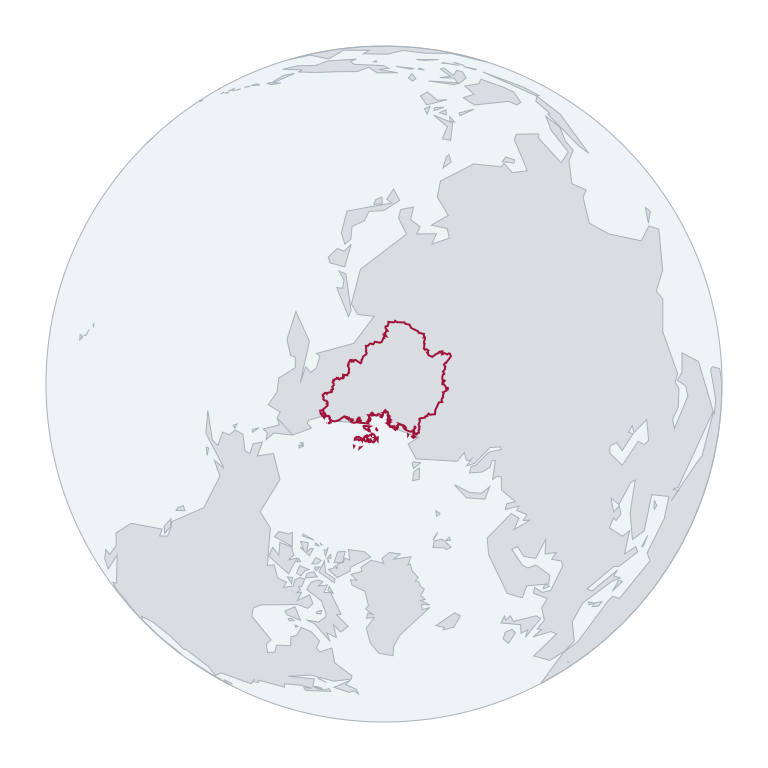 Sakha (Yakutia) highlighted on a globe, orthographic projection, rotated 181°
{"feature_id": "RUS-2612", "entity_name": "Sakha (Yakutia)", "entity_type": "Autonomous Province", "adm_level": 1, "iso_a3": "RUS", "parent_name": "Russia", "parent_adm1": "", "projection": "orthographic", "projection_center": [131.922, 66.295], "detail": "fine", "context": "on_globe", "style": "outline", "palette": "rose", "viewbox_px": 768, "rotation_deg": 181, "n_neighbors": 0, "source": "natural_earth", "source_scale": "10m", "svg_char_len": 18348}
<svg xmlns="http://www.w3.org/2000/svg" viewBox="0 0 768 768"><g transform="rotate(181 384 384)"><circle cx="384" cy="384" r="338" fill="#eef3f6" stroke="#a8b0b8"/><path d="M625.3,620.6L625.6,620.2L625.5,620.4L625.3,620.6ZM626.4,148.6L648.2,174.6L651.6,181.0L648.1,180.0L647.8,208.4L656.6,194.2L660.1,204.4L659.3,213.7L655.3,208.9L648.8,217.9L649.3,230.5L634.4,240.3L603.2,235.0L605.7,228.2L597.9,228.1L594.3,236.8L593.8,242.6L562.0,257.2L546.4,289.0L552.4,304.8L542.5,297.1L561.2,331.6L559.7,354.5L554.7,325.1L549.0,319.6L544.6,333.1L537.9,330.4L531.9,335.5L524.2,331.2L521.8,314.9L516.8,312.0L514.0,321.8L504.5,324.0L509.4,309.9L493.3,312.5L486.4,286.7L505.6,254.2L495.2,238.1L497.4,200.5L490.6,201.3L487.1,188.2L478.0,184.3L481.0,178.8L471.1,180.5L470.0,186.3L465.3,189.1L459.8,187.5L462.7,180.1L465.9,179.8L463.9,176.8L467.7,173.9L462.7,174.4L466.9,165.9L454.7,171.9L451.2,163.2L456.2,158.3L466.2,162.0L502.5,161.1L510.7,158.0L512.1,149.5L492.5,126.3L497.1,121.8L495.7,113.4L488.3,114.1L486.8,121.0L472.8,120.7L472.7,129.6L466.9,131.0L462.6,139.3L451.9,134.6L444.0,125.8L447.0,118.9L443.6,115.0L431.5,119.1L428.4,104.3L411.0,91.7L411.4,88.5L428.8,86.0L452.0,91.7L474.4,90.1L448.4,87.9L450.0,80.6L445.4,78.2L438.7,77.0L433.6,78.6L431.8,75.7L456.8,76.3L458.9,78.9L450.9,78.6L461.8,81.4L478.7,82.5L478.1,79.2L504.2,85.7L504.1,83.5L509.8,84.0L508.1,86.9L511.6,82.0L542.1,92.4L547.4,89.5L554.6,98.3L564.7,105.9L577.7,115.4L578.9,114.9L594.3,129.2L611.5,142.3L622.5,147.5L621.0,143.5L603.4,127.1L595.9,121.3L581.7,110.4L589.7,115.9L608.7,131.6L626.4,148.6ZM688.7,428.5L685.9,425.6L689.0,422.6L688.7,428.5ZM683.1,427.1L684.3,427.4L683.1,427.8L683.1,427.1ZM681.5,429.6L682.7,427.8L681.6,430.3L681.5,429.6ZM679.7,433.4L680.6,431.2L680.6,431.6L679.7,433.4ZM540.2,84.3L544.1,86.5L557.1,94.2L572.2,103.7L551.2,90.8L532.2,80.3L540.2,84.3ZM676.0,438.1L674.9,439.1L675.5,436.6L676.0,438.1ZM533.9,83.0L538.9,85.8L533.7,83.0L533.9,83.0ZM594.6,245.7L594.9,237.3L600.7,230.7L601.3,237.9L594.6,245.7ZM582.6,258.9L580.8,253.9L589.7,253.9L588.0,256.7L582.6,258.9ZM558.2,317.0L559.7,309.6L560.6,317.8L558.2,317.0ZM532.4,337.0L534.1,340.1L530.3,341.5L532.4,337.0ZM468.7,141.3L465.7,140.3L468.1,139.2L468.7,141.3ZM469.6,145.9L474.5,145.5L475.7,147.7L472.6,147.9L469.6,145.9ZM515.0,336.3L508.3,337.9L514.7,333.4L515.0,336.3ZM463.3,146.1L477.1,151.6L479.0,155.5L469.1,159.7L463.3,146.1ZM504.1,336.9L487.9,341.3L490.3,348.3L474.3,331.4L493.4,333.0L500.9,326.3L499.8,333.2L504.1,336.9ZM472.1,188.9L472.9,182.6L477.3,189.4L472.1,188.9ZM476.1,192.6L496.3,210.1L492.3,218.8L486.3,211.0L485.3,223.8L473.4,219.3L471.3,211.3L476.2,206.5L467.9,208.5L476.1,192.6ZM468.0,321.6L463.7,320.4L467.7,318.5L468.0,321.6ZM463.8,190.7L468.2,193.4L465.1,201.0L455.6,197.1L459.7,195.9L463.8,190.7ZM490.8,229.4L486.8,234.6L476.1,232.4L473.1,234.2L472.8,220.0L490.8,229.4ZM457.6,193.3L450.9,195.0L447.4,190.0L459.3,188.7L457.6,193.3ZM468.3,204.7L466.3,208.2L464.3,205.0L468.3,204.7ZM431.1,173.7L436.5,176.4L435.3,180.6L431.1,173.7ZM448.7,196.0L449.9,197.7L450.1,199.8L445.0,199.9L448.7,196.0ZM465.2,219.5L461.6,217.6L464.8,225.2L456.9,224.0L458.1,214.9L454.3,218.3L451.8,218.0L455.6,211.0L465.2,219.5ZM440.4,206.1L439.2,194.5L429.5,188.4L430.3,184.4L445.8,195.0L440.4,206.1ZM449.0,209.5L443.8,206.5L447.4,203.0L453.1,202.9L449.0,209.5ZM451.1,226.6L462.9,230.7L462.2,232.6L451.1,226.6ZM436.8,205.0L437.2,207.9L435.7,205.0L436.8,205.0ZM445.9,220.7L450.2,221.8L449.3,223.9L445.9,220.7ZM434.4,212.8L434.0,208.9L437.9,208.7L434.4,212.8ZM439.1,216.9L436.9,219.6L439.5,210.9L441.1,217.1L439.1,216.9ZM444.4,222.5L445.3,224.1L442.7,221.7L444.4,222.5ZM419.9,216.1L422.3,205.2L430.8,204.6L427.3,215.2L419.9,216.1ZM219.1,89.0L222.0,87.5L200.0,118.5L185.6,129.8L157.2,169.7L151.9,175.7L144.7,173.8L115.0,211.8L117.9,219.8L101.4,254.5L97.2,276.5L114.3,278.0L121.3,241.7L132.9,232.8L135.7,259.5L131.1,292.4L135.4,290.1L147.1,267.6L155.0,274.0L152.1,259.9L146.7,266.5L144.8,258.1L149.7,251.6L152.3,254.0L156.1,244.1L142.8,236.0L135.8,241.8L140.6,218.2L129.4,225.8L127.5,220.5L145.8,205.8L150.8,205.7L177.3,182.7L172.4,180.6L147.1,202.3L151.0,196.2L144.3,194.2L152.5,190.9L181.5,168.4L191.7,149.5L189.3,130.3L198.5,120.2L213.2,110.6L229.6,114.7L207.2,137.0L212.7,139.4L230.5,133.8L222.1,141.2L226.6,141.8L219.5,150.7L222.4,163.0L217.1,172.4L230.8,177.5L229.9,183.2L222.0,178.4L213.7,180.5L202.1,205.3L203.5,210.2L213.3,211.6L208.9,218.6L219.9,216.8L219.4,232.1L229.3,212.3L241.1,214.1L247.7,223.7L253.3,221.0L242.7,205.4L236.9,202.5L229.0,205.6L214.7,195.5L216.0,187.0L237.7,184.7L242.0,172.7L257.1,176.7L276.5,215.2L278.1,231.7L254.5,256.7L246.8,252.1L251.5,240.6L235.6,250.4L242.4,250.0L238.8,256.0L249.1,259.8L247.0,264.3L260.6,260.6L259.1,266.5L250.6,268.7L264.7,280.1L265.1,293.2L269.3,293.7L273.7,290.5L271.3,309.6L274.5,309.2L276.5,302.7L284.3,297.7L297.0,296.5L295.4,303.1L290.6,304.4L278.3,317.6L265.7,320.5L266.4,323.2L276.9,322.3L292.0,306.2L300.1,303.6L294.0,312.0L296.8,308.7L300.4,309.5L302.4,316.7L309.6,308.0L350.7,309.7L358.8,324.3L348.7,331.2L375.8,340.9L382.8,357.5L384.6,351.4L398.8,352.5L396.8,347.2L398.8,344.4L434.4,346.0L441.6,351.8L459.0,346.4L460.0,343.4L455.7,338.7L474.3,331.4L490.3,348.3L487.3,354.3L499.4,361.2L490.9,374.0L489.3,388.1L472.9,398.8L473.2,409.4L477.9,410.9L481.8,426.9L473.4,455.0L459.3,425.3L467.8,383.7L462.5,399.8L457.5,394.2L451.8,399.0L448.6,410.8L452.1,413.3L415.0,424.1L394.9,451.5L411.4,453.1L418.0,463.5L409.6,498.2L364.1,534.3L372.4,550.2L370.3,558.8L357.6,561.4L360.2,548.9L350.6,541.7L354.0,534.5L334.4,535.2L338.4,524.9L321.2,530.9L323.6,540.7L339.4,543.6L322.7,553.7L334.0,571.9L331.1,588.0L298.0,605.6L270.5,603.1L268.0,606.7L259.3,597.5L244.4,599.7L257.8,630.3L256.2,636.0L233.5,636.8L233.7,632.5L210.7,608.2L203.8,619.2L221.1,640.4L227.0,654.8L212.5,643.7L206.9,629.9L198.8,621.0L202.9,610.9L199.7,587.6L185.2,581.6L188.2,574.4L181.6,548.4L161.9,538.0L129.3,531.6L121.8,546.7L111.9,543.6L107.4,502.5L113.4,481.7L106.7,473.7L106.2,441.3L90.6,399.4L93.0,391.3L89.0,384.8L89.4,366.1L94.8,353.9L92.9,344.4L79.9,377.2L82.4,387.6L90.9,392.7L86.3,400.9L86.5,420.3L70.0,412.0L54.4,362.5L60.5,348.6L88.2,285.5L91.6,284.7L92.1,284.3L92.9,283.4L87.6,282.8L94.9,272.1L71.9,307.8L64.7,317.9L54.0,362.2L53.2,360.6L52.0,373.7L57.7,404.0L56.1,407.1L48.7,405.3L46.2,392.0L46.5,367.6L48.5,343.3L52.4,319.1L57.9,295.3L65.2,272.0L74.1,249.2L84.7,227.2L96.8,206.0L110.4,185.7L125.4,166.4L141.8,148.3L159.5,131.4L178.3,115.9L198.2,101.7L219.1,89.0ZM196.1,109.0L194.0,109.2L196.1,109.0ZM118.4,332.2L120.7,353.1L133.2,339.7L135.1,346.8L138.7,339.8L134.1,338.7L144.7,321.6L150.6,329.5L157.2,325.7L156.8,318.5L144.3,306.9L128.9,331.0L122.6,328.0L118.4,332.2ZM539.2,84.6L535.4,82.6L537.3,83.3L539.2,84.6ZM530.1,81.0L531.8,81.8L533.2,82.9L530.1,81.0ZM448.5,80.6L446.4,80.4L440.1,78.6L444.0,78.4L448.5,80.6ZM406.3,78.3L404.2,73.6L408.4,76.6L413.4,75.1L428.6,79.8L412.4,87.2L417.1,82.9L406.3,78.3ZM444.3,88.7L436.5,84.5L445.6,88.9L444.3,88.7ZM258.5,138.0L251.8,140.9L248.3,137.5L255.1,126.7L260.3,131.3L258.5,138.0ZM243.2,145.8L262.9,147.1L259.5,154.3L258.0,150.0L253.8,154.5L250.4,148.9L227.8,154.9L223.2,152.4L238.3,133.1L235.9,140.6L242.6,137.2L243.2,145.8ZM319.3,141.6L327.8,143.3L309.4,156.5L303.6,153.5L309.9,142.2L320.6,139.2L319.3,141.6ZM443.1,152.9L447.6,153.5L446.8,155.4L442.3,156.5L443.1,152.9ZM433.7,174.6L422.9,153.0L427.4,152.4L415.6,141.0L423.0,135.1L430.4,142.6L427.2,129.7L436.9,134.1L433.4,125.7L449.1,143.0L457.6,146.8L445.3,144.8L438.3,150.0L437.8,153.4L442.8,166.1L457.7,177.3L453.2,184.6L446.0,186.9L441.7,185.3L446.0,180.9L437.2,182.0L440.2,174.5L433.7,174.6ZM364.4,214.4L371.2,209.1L354.0,211.8L356.9,203.5L354.7,204.4L352.7,197.7L346.4,191.1L349.3,187.7L345.6,186.6L344.1,182.3L340.1,179.8L343.7,173.0L339.0,169.4L343.5,168.3L334.4,164.0L342.8,164.2L341.7,158.9L334.1,161.5L363.8,133.2L369.8,121.9L370.2,112.5L384.5,114.7L393.3,125.1L397.4,139.5L389.7,150.3L397.5,149.6L396.1,154.7L390.5,153.1L398.4,158.6L395.7,162.4L399.4,176.4L412.4,182.3L414.1,187.8L407.7,187.4L413.8,193.1L402.8,196.2L403.8,200.2L393.9,207.5L381.0,204.8L383.0,209.6L375.6,215.6L364.4,214.4ZM416.8,217.9L400.7,216.0L394.3,210.7L414.2,200.3L414.8,196.2L427.4,189.7L436.3,197.6L431.9,198.7L429.7,201.6L427.8,198.0L427.7,203.1L421.6,204.8L419.9,209.3L415.1,207.4L416.8,217.9ZM152.3,180.8L149.4,185.2L146.2,191.9L142.0,190.9L152.3,180.8ZM171.8,165.1L170.1,168.7L162.5,170.2L165.5,165.8L171.8,165.1ZM175.7,169.7L170.6,168.8L175.1,166.7L175.7,169.7ZM221.1,182.0L220.1,186.1L217.4,186.6L215.0,184.3L221.1,182.0ZM314.0,222.1L318.9,219.5L320.2,221.2L332.2,221.3L331.1,227.7L323.3,230.0L314.0,222.1ZM111.7,272.6L109.1,267.3L111.5,263.4L111.9,266.0L111.7,272.6ZM123.4,226.2L117.6,237.2L122.3,225.8L123.4,226.2ZM314.7,229.0L319.8,228.3L316.1,231.9L314.7,229.0ZM330.8,232.3L327.5,236.8L332.3,228.5L330.8,232.3ZM309.3,703.9L319.7,706.5L319.4,706.8L309.3,703.9ZM298.4,699.8L310.0,702.8L296.6,700.2L298.4,699.8ZM314.6,703.9L326.5,705.5L331.6,705.7L330.8,706.4L314.6,703.9ZM290.6,697.7L249.7,683.2L234.0,675.0L237.3,674.9L262.8,686.0L290.6,697.7ZM236.1,674.3L212.6,656.9L183.3,618.2L193.7,625.7L224.9,656.7L222.9,657.6L237.1,669.4L236.1,674.3ZM294.5,685.8L292.4,690.5L269.4,682.7L259.2,678.1L252.1,667.9L256.1,665.4L264.3,668.8L298.4,664.6L309.8,671.6L298.9,675.3L308.4,683.4L294.5,685.8ZM122.4,549.5L125.7,565.1L120.7,561.1L122.4,549.5ZM313.6,656.4L298.9,660.3L312.8,653.5L313.6,656.4ZM322.7,648.1L322.9,652.5L317.9,647.1L322.7,648.1ZM266.2,613.1L257.4,610.4L257.9,607.1L269.6,608.4L266.2,613.1ZM328.7,601.1L325.9,611.6L323.3,614.7L320.6,607.3L328.7,601.1ZM311.9,284.6L296.4,277.1L284.5,276.4L276.5,283.3L281.1,270.6L299.5,271.6L311.9,284.6ZM346.0,305.8L352.9,300.1L354.4,304.9L353.1,306.9L346.0,305.8ZM347.0,300.7L347.0,289.4L353.8,287.8L352.5,297.0L347.0,300.7ZM330.2,258.3L325.7,255.5L328.8,252.6L330.2,258.3ZM286.8,707.6L286.5,707.6L322.9,715.7L348.4,715.5L370.9,717.8L386.5,713.8L410.4,713.8L404.4,717.4L430.4,717.0L445.0,708.0L463.8,711.5L484.7,706.6L485.0,706.5L460.7,713.1L436.0,717.9L411.1,720.8L386.0,721.9L360.8,721.1L335.8,718.5L311.1,714.0L286.8,707.6ZM553.4,676.4L552.7,676.8L554.9,675.5L553.4,676.4ZM621.6,624.3L619.5,626.3L625.6,620.2L625.3,620.6L621.6,624.3ZM571.8,664.1L574.1,662.8L572.5,663.9L571.8,664.1ZM570.0,665.1L572.1,663.3L572.2,663.8L570.0,665.1ZM548.8,673.3L551.1,671.7L552.3,671.4L548.8,673.3ZM335.1,709.3L349.2,708.3L357.3,709.0L335.1,709.3ZM545.0,674.1L539.0,676.8L539.5,676.0L545.0,674.1ZM545.2,672.7L544.4,672.3L548.5,672.2L545.2,672.7ZM533.2,676.1L540.9,674.3L532.4,676.6L533.2,676.1ZM528.9,678.1L523.5,679.4L523.8,679.0L528.9,678.1ZM471.1,696.6L490.9,696.9L475.6,700.7L458.3,701.1L445.9,706.0L417.2,708.4L423.4,706.1L419.2,703.1L390.2,702.3L384.4,699.7L394.5,698.3L375.7,695.5L396.2,695.0L404.8,700.3L416.5,695.9L437.3,695.4L457.9,694.3L475.1,694.5L471.1,696.6ZM396.8,705.9L400.4,705.9L397.4,707.2L396.8,705.9ZM513.3,680.7L521.1,680.1L520.2,680.9L516.5,681.9L513.3,680.7ZM478.9,692.9L497.1,684.6L501.5,683.4L489.6,690.9L478.9,692.9ZM492.4,683.2L501.1,681.4L505.9,682.2L504.2,683.3L492.4,683.2ZM355.1,699.2L354.3,700.5L349.1,698.8L355.1,699.2ZM361.7,699.1L377.6,701.8L360.3,700.1L361.7,699.1ZM315.3,686.4L319.6,691.0L333.6,691.4L323.0,692.7L332.8,699.9L329.7,701.2L319.9,693.7L317.0,698.9L310.9,697.4L307.2,691.6L313.2,686.2L319.3,684.5L344.7,687.8L315.3,686.4ZM361.5,694.8L357.4,690.0L360.5,687.3L364.9,690.2L361.5,694.8ZM345.8,676.7L335.6,668.8L325.8,669.3L346.2,663.9L352.5,672.6L345.8,676.7ZM338.1,661.3L328.8,661.8L338.8,658.2L338.1,661.3ZM326.8,659.1L326.4,654.1L333.3,656.3L326.8,659.1ZM342.8,662.3L345.5,654.5L348.5,659.9L342.8,662.3ZM325.0,642.3L339.0,653.7L319.8,646.1L321.7,628.7L330.1,630.2L325.0,642.3ZM389.4,570.9L388.9,564.2L397.3,563.5L395.3,568.3L389.4,570.9ZM424.0,556.2L399.3,561.2L379.4,565.1L384.4,568.8L377.8,579.0L371.6,567.8L387.3,557.3L402.0,556.3L406.5,546.9L418.7,541.0L419.6,528.4L425.6,523.2L429.3,534.4L424.0,556.2ZM419.3,523.1L425.3,500.4L440.0,504.1L442.0,509.9L433.0,518.6L425.8,516.1L419.3,523.1ZM431.0,496.1L424.1,493.5L418.2,457.3L420.7,450.7L432.9,479.6L427.0,478.9L425.8,487.3L431.0,496.1ZM463.8,324.1L463.7,320.7L466.6,323.6L463.8,324.1ZM397.4,341.5L400.5,338.2L403.8,341.5L397.4,341.5ZM411.1,330.8L405.2,329.4L412.0,328.1L411.1,330.8ZM392.0,327.0L403.2,327.6L391.6,331.0L392.0,327.0Z" fill="#d9dde1" stroke="#a8b0b8" stroke-width="1"/><path d="M350.9,334.0L352.3,335.4L353.3,335.2L353.5,334.0L353.8,334.7L353.8,336.5L353.0,337.2L353.4,338.0L353.0,339.3L351.8,340.7L351.8,341.3L352.0,341.7L353.1,342.4L351.9,340.7L352.8,340.1L353.3,338.5L354.3,338.2L353.6,337.1L357.1,336.8L361.8,338.7L362.5,339.4L361.6,339.3L361.2,340.7L363.1,342.7L368.1,344.4L367.4,343.6L369.2,343.6L369.5,342.5L370.0,342.4L369.4,341.1L369.8,341.0L369.6,340.3L370.2,339.4L370.9,340.0L370.8,339.2L372.8,339.8L372.8,340.7L373.5,340.9L373.3,341.6L374.6,340.9L374.7,341.4L374.3,341.9L374.7,341.7L374.9,342.8L375.0,341.9L375.6,341.7L375.5,341.1L377.4,341.6L377.3,342.3L379.0,343.4L378.6,344.0L379.8,344.6L377.7,344.9L377.4,345.6L379.5,346.2L379.2,346.5L378.0,346.0L376.9,346.3L378.1,347.4L379.3,347.6L379.8,349.0L378.6,349.9L376.4,347.6L376.7,348.2L376.5,348.3L377.4,349.0L378.5,351.8L379.0,351.4L378.8,350.2L379.6,352.0L378.2,352.3L379.0,352.9L379.9,355.3L379.6,355.7L381.5,357.0L381.8,356.4L382.3,357.8L383.3,356.9L383.9,355.1L384.5,355.0L384.0,354.7L385.5,350.7L386.1,350.6L386.6,351.0L385.5,351.5L386.3,352.9L389.3,354.0L389.2,354.4L389.2,354.6L389.4,354.0L389.2,353.7L389.4,353.3L390.9,352.4L393.1,352.9L394.9,354.1L394.6,354.5L395.2,355.1L395.7,354.9L395.0,354.4L396.1,353.8L395.1,353.5L395.5,352.3L399.2,352.5L398.4,351.4L398.4,350.3L397.5,349.9L398.9,348.2L396.9,348.3L397.5,346.7L400.1,345.8L399.0,344.1L410.4,345.2L407.0,345.4L406.5,346.8L405.7,346.7L406.4,347.1L407.4,346.4L410.6,345.4L409.5,348.4L409.3,347.4L409.8,346.7L409.2,347.1L408.9,346.3L408.4,346.3L409.2,348.0L407.6,348.1L408.2,348.7L407.7,349.3L407.8,349.8L409.8,348.7L411.0,345.2L413.1,344.7L415.7,345.2L416.7,346.2L414.7,347.3L415.1,347.5L414.9,348.1L418.5,348.2L417.9,350.1L418.6,348.8L418.7,349.4L420.2,348.6L422.0,350.0L421.2,350.5L423.2,351.0L428.5,347.0L432.2,345.8L434.9,346.0L437.8,348.0L437.5,349.3L438.0,349.3L438.1,350.5L438.6,351.2L441.0,350.8L442.5,353.6L443.7,353.8L444.1,356.1L443.7,356.7L444.3,356.3L444.1,353.9L442.6,351.7L443.3,349.2L444.2,350.6L445.6,351.4L445.7,352.6L446.6,353.0L446.3,353.6L447.1,354.5L447.4,356.3L445.2,356.8L440.0,361.6L440.1,362.8L440.9,363.2L440.0,363.9L440.1,364.9L440.8,365.3L441.1,366.2L443.4,366.6L444.4,367.7L444.1,370.1L444.7,370.5L444.7,371.2L445.2,371.9L442.7,374.2L441.0,373.1L440.7,374.1L436.1,375.1L436.0,376.0L436.6,376.5L436.6,377.2L434.9,377.9L435.7,380.5L434.2,381.8L434.3,383.6L435.4,384.8L434.7,387.1L434.0,386.5L432.9,388.1L431.0,388.5L431.2,389.4L430.1,389.4L429.4,388.0L428.6,387.8L427.4,389.1L424.9,388.9L424.4,389.8L425.3,390.7L425.0,392.6L424.0,392.3L423.8,391.5L423.1,392.4L420.7,392.0L420.4,393.7L419.1,394.7L419.5,395.6L419.1,398.5L420.5,402.1L419.6,402.7L420.0,403.9L418.1,407.5L417.3,407.5L417.0,406.2L416.4,407.0L416.1,406.2L414.9,405.8L414.5,407.2L413.0,407.6L407.8,404.3L406.9,405.5L407.0,407.5L406.3,408.0L405.4,411.1L402.1,413.6L401.9,414.9L402.8,416.1L402.3,417.2L402.8,421.8L400.9,421.8L398.5,424.3L395.5,423.5L393.9,426.0L388.5,425.2L386.8,426.3L385.5,429.9L384.6,429.9L384.8,431.3L384.3,432.1L384.6,432.5L382.6,431.8L384.4,434.7L383.3,435.3L382.7,437.1L381.4,437.2L383.6,440.2L383.3,441.7L381.4,442.0L380.5,444.9L380.7,446.2L375.9,445.8L374.4,446.2L374.1,447.3L371.7,446.0L364.5,445.9L363.8,444.6L359.5,443.7L357.8,440.5L350.8,437.3L350.4,435.9L344.9,434.7L345.2,433.8L344.6,432.1L345.0,431.3L344.0,431.5L343.8,430.2L344.9,426.0L344.0,425.0L344.5,423.9L344.3,422.3L344.8,420.4L343.7,418.9L342.3,419.6L340.2,418.2L340.9,417.1L340.6,416.3L341.4,416.0L339.8,413.5L336.2,412.0L332.1,415.1L330.2,415.7L329.3,417.2L326.4,417.5L325.9,418.6L326.2,417.1L327.0,416.2L326.0,416.0L326.3,414.8L324.0,415.9L321.4,414.7L319.8,415.8L318.5,415.3L317.6,412.8L322.3,406.2L323.0,406.3L324.4,404.4L322.9,402.4L323.5,401.3L323.2,400.0L325.3,397.2L323.9,395.2L325.5,393.9L325.9,390.7L325.5,389.3L323.3,388.3L324.2,387.2L325.5,387.4L325.6,384.8L324.2,384.9L321.9,381.8L319.9,381.0L320.1,380.0L320.5,380.2L321.2,379.0L321.7,379.5L321.6,378.3L324.9,376.7L324.1,375.3L325.0,373.5L324.6,372.1L325.0,371.1L325.7,370.8L326.2,368.9L325.4,367.1L328.8,366.5L332.4,358.4L332.4,354.7L337.4,354.1L338.9,355.2L340.0,354.0L340.0,352.8L342.2,352.3L342.3,351.1L347.0,350.4L348.2,349.5L347.3,348.0L348.7,343.9L347.6,342.0L348.2,341.5L347.7,339.5L348.7,338.2L348.2,335.9L350.0,335.4L350.1,334.3L350.9,334.0ZM403.6,327.6L402.8,328.4L402.9,329.0L403.4,329.2L402.3,330.9L400.5,330.6L399.7,329.3L400.0,327.3L399.1,327.4L398.7,328.0L399.8,330.3L401.9,331.5L400.3,332.5L399.1,331.7L396.5,333.0L395.8,332.2L395.2,334.2L393.2,333.3L391.4,330.5L392.2,330.3L391.7,330.1L391.9,329.0L391.5,328.3L392.4,328.1L391.9,327.0L393.2,326.2L393.3,325.5L394.0,325.1L393.8,325.2L396.4,327.4L396.5,328.3L397.3,328.1L396.9,327.6L396.9,325.8L397.8,325.9L397.2,325.0L399.2,326.5L401.2,326.3L403.6,327.6ZM408.8,328.3L412.3,327.7L412.2,329.2L410.4,330.6L408.8,330.8L405.0,329.1L405.1,326.9L405.9,328.1L408.1,327.2L408.8,328.3ZM403.1,339.6L403.7,341.4L403.1,341.8L397.2,341.3L398.3,340.7L399.0,338.3L400.5,337.9L403.1,339.6ZM355.2,331.8L353.6,333.5L352.1,331.6L352.9,331.5L353.5,330.6L355.2,331.8ZM398.7,336.7L398.8,337.6L398.0,338.2L397.3,337.4L397.4,336.3L398.7,336.7ZM390.2,329.1L390.0,330.2L389.3,330.5L389.4,327.6L390.2,329.1ZM377.7,345.5L378.9,344.8L379.6,345.6L379.3,345.8L377.7,345.5ZM442.8,352.5L444.0,353.9L443.9,354.3L443.7,353.6L442.9,353.5L441.8,351.6L442.1,350.9L442.8,352.5ZM391.1,338.7L390.9,339.2L389.5,337.0L390.6,337.9L391.1,338.7ZM395.2,352.5L394.8,353.3L393.5,352.9L393.9,352.5L395.2,352.5ZM407.3,319.3L407.2,320.2L406.2,320.4L407.3,319.3ZM378.3,346.3L378.8,346.8L377.3,346.5L378.3,346.3ZM364.2,342.1L363.2,342.3L363.1,341.7L363.8,341.6L364.2,342.1ZM442.0,350.3L442.8,351.1L442.4,351.6L442.0,350.3ZM437.2,344.3L437.2,345.0L436.7,344.5L437.2,344.3ZM412.8,321.0L412.9,321.7L412.5,321.5L412.8,321.0ZM371.7,338.3L372.1,338.6L371.5,338.6L371.7,338.3ZM442.3,350.1L442.9,350.4L442.4,350.2L442.3,350.1ZM376.4,341.2L376.9,341.1L377.5,341.5L377.1,341.4L376.4,341.2ZM359.0,333.3L359.0,333.8L358.8,333.6L359.0,333.3ZM438.8,344.0L439.3,344.3L438.8,344.2L438.8,344.0ZM440.7,344.2L440.9,344.1L440.5,344.3L440.7,344.2Z" fill="none" stroke="#9f1239" stroke-width="2"/></g></svg>